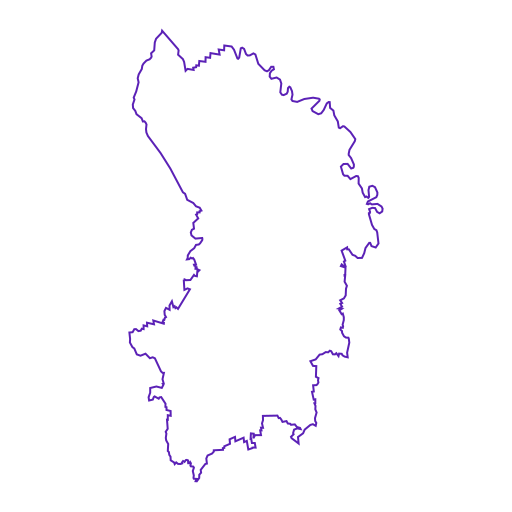 Juan Rodríguez Clara, Veracruz, Mexico
{"feature_id": "50627088B58130474518882", "entity_name": "Juan Rodríguez Clara", "entity_type": "district", "adm_level": 2, "iso_a3": "MEX", "parent_name": "Mexico", "parent_adm1": "Veracruz", "projection": "equal_earth", "projection_center": [-95.356, 17.973], "detail": "fine", "context": "isolated", "style": "outline", "palette": "violet", "viewbox_px": 512, "rotation_deg": 0, "n_neighbors": 0, "source": "geoboundaries", "source_scale": "gbopen_adm2", "svg_char_len": 6045}
<svg xmlns="http://www.w3.org/2000/svg" viewBox="0 0 512 512"><path d="M329.7,102.1L328.7,102.0L326.8,103.4L323.7,110.0L321.2,113.3L318.3,114.2L312.6,111.1L311.5,108.6L319.4,100.8L319.7,99.4L318.9,98.7L313.1,97.7L304.3,99.0L297.2,101.9L292.5,101.0L291.4,99.4L292.5,94.7L292.0,91.2L290.3,87.3L289.3,86.7L288.0,88.1L287.7,91.7L286.7,93.7L283.6,95.1L281.9,94.7L280.3,92.3L281.3,83.5L280.0,79.6L276.6,77.5L271.4,78.8L269.7,76.6L269.9,73.2L271.6,70.7L273.9,69.3L273.4,66.8L271.2,66.8L268.9,70.2L267.0,71.3L264.6,70.3L258.3,63.8L255.4,54.5L253.4,53.4L249.8,55.4L247.6,55.5L246.0,54.0L244.1,48.9L242.2,47.7L240.8,48.3L239.2,57.6L238.1,58.8L237.4,58.4L234.0,49.7L231.6,46.5L224.3,45.5L224.1,50.3L218.7,49.5L219.6,54.6L210.5,53.1L210.1,57.8L205.6,57.2L205.5,61.8L199.3,61.0L198.9,65.7L196.3,65.3L196.1,67.2L193.2,67.7L193.6,69.9L187.5,68.9L185.6,70.8L184.1,61.9L182.9,59.1L178.1,54.7L178.6,50.5L178.1,49.2L162.1,30.7L161.7,32.8L156.1,38.7L154.8,42.4L154.2,50.4L151.1,53.3L151.6,56.5L151.2,57.6L149.6,59.3L146.4,60.6L143.5,63.6L142.3,65.7L141.8,69.0L138.7,74.4L137.7,78.3L138.6,82.3L136.2,91.5L133.7,97.6L134.5,99.5L132.8,104.5L133.1,108.1L135.3,110.9L136.5,114.2L141.6,118.2L142.9,121.5L144.4,121.3L145.6,122.6L146.5,124.5L146.0,129.1L146.4,132.5L147.9,136.0L160.6,153.1L170.3,168.5L182.9,192.3L185.1,193.8L187.2,199.8L193.3,203.0L196.0,206.3L199.7,207.7L201.4,210.6L199.6,211.2L199.6,212.4L197.2,212.4L197.2,214.1L196.1,214.6L198.2,218.4L193.3,222.9L194.0,228.7L191.9,229.8L190.8,232.5L191.5,235.4L195.4,238.6L202.2,238.0L202.4,239.0L202.2,240.2L200.1,243.3L198.8,244.5L196.0,244.9L194.2,248.2L190.4,251.1L187.8,255.4L187.7,258.0L187.0,259.4L189.3,259.1L190.7,257.7L192.1,258.5L193.0,258.0L194.2,259.5L196.0,264.5L194.0,264.7L194.4,265.7L195.5,265.7L195.5,268.8L196.4,268.7L196.5,266.3L196.8,269.0L199.4,270.2L198.4,271.2L197.5,269.7L196.9,276.3L194.9,275.9L194.0,274.9L190.4,280.0L186.4,280.2L184.7,279.5L184.7,280.3L183.8,280.5L184.4,289.9L187.5,288.4L189.9,289.3L178.0,308.9L176.4,307.3L175.4,308.1L174.6,306.2L173.4,307.1L171.9,301.3L169.5,305.5L169.6,309.8L166.0,307.9L164.4,311.1L164.7,314.8L166.0,317.1L164.9,317.8L164.3,319.9L163.5,319.7L162.6,321.9L162.8,322.7L163.9,322.8L163.8,323.7L153.3,320.5L154.0,324.3L147.0,322.7L147.2,326.3L143.6,325.4L143.6,329.1L141.8,328.7L140.7,330.7L138.4,331.1L136.0,329.1L134.3,329.2L132.6,332.2L129.4,332.5L130.1,339.0L129.9,342.5L132.4,347.1L134.3,348.5L136.8,354.4L140.5,355.7L145.5,353.7L149.9,358.2L152.7,357.3L154.9,358.3L161.0,371.4L162.6,372.9L163.9,372.9L162.5,379.2L163.7,383.4L162.8,383.8L163.5,384.6L161.8,387.9L156.4,386.5L150.2,388.0L150.2,392.7L148.6,397.2L149.1,400.5L152.8,399.6L153.8,397.0L154.6,396.4L158.7,398.7L159.5,397.4L161.2,397.1L165.5,403.7L165.4,406.9L166.5,407.2L166.5,410.0L170.6,411.0L170.7,415.8L167.8,415.2L167.8,419.8L167.0,419.7L167.7,428.8L165.7,431.8L166.4,433.6L165.8,437.9L166.2,440.4L168.2,444.0L167.8,451.0L168.9,452.1L169.3,454.9L170.5,456.6L170.7,460.3L174.1,462.5L174.7,464.1L176.2,462.4L178.0,463.9L180.5,464.0L182.2,463.4L181.9,462.6L183.1,461.0L184.5,461.9L185.8,460.1L186.8,459.9L188.0,460.4L188.2,463.2L189.3,463.2L190.1,462.0L190.9,463.3L190.4,465.5L190.8,466.3L193.3,466.6L193.9,467.7L192.8,471.0L193.8,475.4L193.5,477.9L193.8,478.7L196.5,478.9L195.6,481.2L196.8,481.3L199.2,478.0L199.3,474.7L201.1,472.7L200.7,469.9L205.3,464.0L206.9,463.6L206.3,458.5L207.6,455.5L212.0,453.6L213.8,451.6L213.8,450.3L223.0,449.8L222.9,448.1L224.3,447.9L224.3,446.3L230.0,443.8L229.6,439.3L235.0,436.9L235.4,441.3L243.6,437.7L244.1,442.1L246.8,440.9L248.3,449.5L252.4,448.1L252.6,446.8L252.7,447.5L255.6,447.6L254.8,443.0L251.9,443.0L251.2,438.8L250.6,438.9L250.9,433.4L253.7,433.7L253.4,438.3L255.1,435.1L261.0,435.1L260.2,430.4L261.5,430.4L261.0,427.7L263.0,427.8L262.0,423.4L263.0,420.2L262.9,415.9L277.4,415.6L278.7,418.1L280.0,417.9L281.2,419.4L282.5,421.9L286.5,421.1L287.8,423.5L290.3,423.8L291.0,424.8L294.8,424.4L296.9,427.0L300.0,427.9L300.6,429.1L297.3,428.4L294.1,429.6L293.1,433.1L293.6,434.3L291.0,436.8L291.6,438.2L298.6,443.5L298.0,437.0L303.1,433.3L304.7,429.6L310.4,424.9L312.9,424.2L315.7,425.8L316.3,422.9L315.2,421.0L315.0,418.1L316.6,412.5L315.3,409.3L315.5,405.9L314.4,403.3L315.3,403.2L315.3,399.3L313.7,399.6L312.0,391.8L313.8,391.5L313.1,385.3L316.5,385.1L317.5,384.1L318.4,382.5L318.0,380.2L318.5,378.1L315.9,376.8L316.3,366.1L313.0,365.9L310.4,361.2L315.7,359.4L319.6,354.6L322.4,354.2L325.7,352.1L328.2,352.3L329.8,350.7L331.2,351.2L332.9,354.3L335.0,354.4L336.3,353.2L338.5,356.1L339.1,353.6L341.7,353.8L342.5,355.3L344.6,356.6L347.7,357.3L347.1,352.7L349.3,342.6L348.8,338.7L348.4,337.7L346.0,337.6L344.0,336.3L342.1,332.8L342.0,331.1L340.3,329.5L340.9,327.4L342.8,327.8L343.1,326.2L342.6,324.7L343.8,320.1L343.8,317.2L342.8,313.6L341.7,314.2L339.3,310.3L341.6,308.9L338.8,308.5L342.1,306.7L340.3,303.8L342.1,303.0L340.2,300.3L343.9,298.4L345.7,295.4L346.0,288.7L346.9,285.8L344.6,281.7L345.2,275.5L344.6,275.7L344.5,274.9L345.2,274.6L345.5,267.6L340.9,266.1L341.7,264.4L344.7,266.8L345.6,266.3L343.9,261.5L345.3,260.7L341.6,250.6L347.1,247.4L347.2,249.3L348.8,249.3L352.5,254.8L355.2,255.8L357.6,258.0L362.0,257.9L364.2,253.2L365.5,248.0L369.2,242.9L370.2,242.9L371.5,246.1L375.7,247.5L378.5,243.5L377.2,232.4L376.4,230.2L374.3,229.0L372.0,224.9L368.9,214.2L368.9,213.2L369.7,213.2L370.1,212.0L369.1,209.1L372.3,207.8L375.1,208.1L377.1,211.9L379.6,213.3L382.2,211.5L382.6,208.7L381.5,206.5L377.5,203.9L371.8,204.4L370.1,203.3L368.2,204.3L366.9,203.9L367.9,201.5L376.3,197.2L377.3,194.9L377.4,192.5L375.0,187.2L372.4,185.8L369.3,186.7L368.5,190.2L369.1,196.9L368.3,197.9L366.5,196.5L365.1,197.1L362.7,192.7L361.9,188.4L358.6,183.6L358.7,177.9L357.9,176.2L356.2,176.0L350.4,179.1L347.6,175.8L344.4,175.7L343.1,174.3L340.9,166.6L343.5,164.0L347.6,163.9L351.2,168.5L353.3,167.8L353.8,166.8L353.9,164.5L351.1,158.1L348.7,155.0L348.7,153.7L349.5,149.8L354.8,141.2L355.3,139.1L350.4,132.0L344.4,126.5L343.0,126.2L340.1,128.2L338.8,127.6L337.8,121.4L334.3,115.4L333.4,110.6L330.1,107.9L329.7,102.1Z" fill="none" stroke="#5b21b6" stroke-width="2"/></svg>